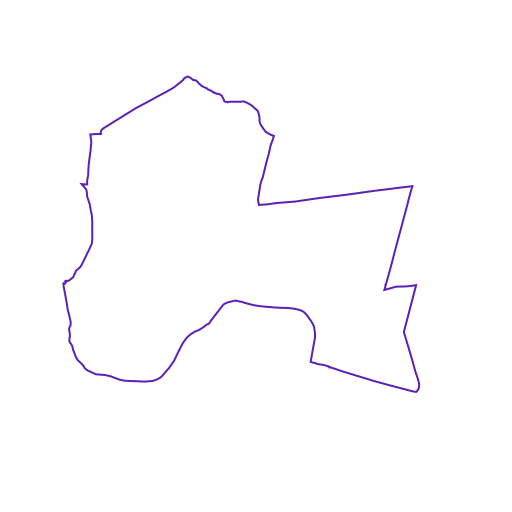 Kota Tanjung Balai, Sumatera Utara, Indonesia (Mercator projection), rotated 105°
{"feature_id": "22746128B91306693093612", "entity_name": "Kota Tanjung Balai", "entity_type": "district", "adm_level": 2, "iso_a3": "IDN", "parent_name": "Indonesia", "parent_adm1": "Sumatera Utara", "projection": "mercator", "projection_center": [99.797, 2.973], "detail": "fine", "context": "isolated", "style": "outline", "palette": "violet", "viewbox_px": 512, "rotation_deg": 105, "n_neighbors": 0, "source": "geoboundaries", "source_scale": "gbopen_adm2", "svg_char_len": 5907}
<svg xmlns="http://www.w3.org/2000/svg" viewBox="0 0 512 512"><g transform="rotate(105 256 256)"><path d="M291.8,93.2L291.3,93.5L242.7,93.8L244.6,98.1L246.6,103.3L249.3,112.6L255.6,123.2L251.2,123.1L250.5,123.6L249.8,123.2L249.7,123.2L243.3,123.1L236.6,123.0L225.3,123.0L217.7,123.1L212.4,123.1L200.0,123.1L197.2,123.1L196.3,123.1L176.6,123.1L172.1,123.1L170.2,123.1L166.2,123.1L162.9,123.2L158.9,123.2L154.7,123.2L151.9,123.1L148.1,123.0L152.9,135.1L156.6,144.2L159.1,150.3L159.6,151.7L162.1,157.7L162.3,158.3L173.3,184.2L182.9,208.1L184.2,211.2L193.0,231.6L193.1,231.8L199.2,248.9L199.7,250.3L201.1,253.6L203.1,258.1L205.9,266.4L201.1,268.7L200.9,268.7L192.4,269.6L186.2,270.3L181.0,270.2L178.9,269.8L166.7,270.1L162.2,270.2L155.4,270.1L154.3,270.1L145.2,270.5L140.1,270.0L135.4,269.8L135.0,273.5L134.8,274.3L134.8,274.6L134.6,275.1L134.1,277.0L133.8,277.8L133.3,279.1L132.9,279.7L132.8,279.9L131.8,280.9L130.8,282.3L129.8,283.3L128.8,284.5L127.7,285.6L127.3,286.0L126.3,286.6L125.7,287.1L124.0,287.8L123.9,287.8L123.0,287.9L121.9,288.3L121.0,288.6L120.6,288.8L119.6,289.3L118.4,290.0L117.9,290.3L116.5,291.1L115.4,292.0L114.8,292.9L114.3,294.0L113.7,295.2L113.1,296.6L112.2,298.0L111.8,299.2L111.2,300.7L110.9,302.2L110.7,302.8L110.6,303.3L110.3,304.6L110.1,305.6L109.9,307.1L110.1,308.8L110.9,310.6L111.4,312.5L113.4,319.8L114.0,321.9L115.0,323.2L114.7,324.2L114.8,325.0L115.0,325.6L114.8,326.4L114.1,327.1L113.6,327.5L113.2,327.7L112.9,327.9L112.5,328.3L112.0,328.7L111.1,329.7L110.8,329.9L110.0,330.5L109.8,331.3L109.5,331.8L109.4,332.0L109.4,332.6L109.3,333.0L109.2,333.3L109.1,333.7L109.0,334.2L109.1,334.5L109.2,335.2L109.4,335.5L109.5,335.8L109.6,336.1L109.6,336.3L109.4,336.6L109.1,337.5L109.0,337.9L109.0,338.7L109.2,339.4L109.1,339.5L108.9,339.7L108.5,340.0L108.5,340.5L108.5,341.1L108.3,341.3L108.2,341.5L107.9,341.8L107.9,342.3L108.0,342.8L107.9,343.5L107.7,344.2L107.5,345.6L107.3,346.1L106.9,346.3L106.8,346.9L106.3,350.4L106.2,350.7L106.1,351.0L105.7,352.8L104.3,355.3L104.1,355.8L102.9,357.6L102.0,359.2L102.2,362.5L101.3,364.2L101.2,364.6L100.3,367.7L100.4,368.1L100.5,368.7L101.4,369.8L102.1,370.3L102.3,370.7L102.4,371.0L103.0,371.4L104.3,371.7L107.6,373.8L110.0,375.7L111.4,376.7L112.1,377.2L112.5,377.5L113.8,378.4L117.3,381.7L117.9,382.3L122.4,387.0L125.4,390.3L135.0,400.3L141.4,407.2L144.1,410.1L146.3,412.2L171.9,436.2L173.5,437.5L174.3,437.8L175.5,438.1L177.0,437.9L178.3,437.4L179.5,442.0L181.5,447.5L184.9,446.0L186.5,445.5L187.5,444.9L189.7,444.3L192.6,443.9L196.4,443.2L206.4,441.9L211.2,441.2L216.3,440.2L221.4,439.0L225.2,438.8L228.3,438.3L230.5,437.6L230.7,438.3L230.9,439.0L231.1,439.8L231.2,440.5L231.4,441.3L231.6,442.0L231.7,443.0L232.5,442.0L232.9,441.2L233.4,440.3L233.9,439.7L234.6,438.8L235.0,438.2L235.4,437.6L235.9,437.1L236.3,436.8L236.9,436.5L237.6,436.2L238.3,435.9L239.0,435.6L239.7,435.3L240.7,435.0L242.1,434.5L242.6,434.3L243.2,433.9L243.8,433.5L245.1,432.5L246.1,432.0L246.9,431.5L247.7,430.9L248.3,430.4L250.6,429.3L251.1,429.1L251.6,428.9L252.1,428.6L252.5,428.3L254.1,427.7L255.0,427.3L255.7,426.8L259.7,424.9L262.8,423.8L264.8,423.2L273.9,420.7L281.3,418.7L286.5,417.8L293.3,418.9L296.7,419.6L299.5,420.1L302.1,420.6L309.6,422.1L312.6,423.1L315.6,425.3L316.9,426.1L319.5,426.3L321.8,426.9L323.7,427.0L325.9,428.7L328.5,430.5L328.5,431.3L329.1,432.4L329.2,433.5L329.9,433.8L330.6,432.9L332.1,433.2L332.4,433.8L332.2,434.8L333.1,434.8L336.0,433.5L348.0,427.8L352.8,425.6L356.6,424.0L359.8,422.1L367.7,417.9L370.9,417.2L372.8,417.7L375.1,417.6L376.5,417.1L377.9,416.2L379.2,415.8L381.6,415.0L383.7,414.9L385.7,414.5L386.4,414.2L386.5,414.2L387.9,413.2L389.0,411.6L390.9,410.0L393.9,408.4L396.6,406.4L397.0,406.1L399.6,404.2L401.6,402.5L403.0,400.8L404.0,398.8L404.6,397.8L404.7,397.6L406.8,394.1L408.2,392.9L409.3,391.3L410.3,388.3L411.7,379.9L410.1,371.6L409.8,365.6L410.7,356.4L410.8,355.0L410.4,350.2L408.5,341.4L408.4,341.3L408.0,339.5L407.1,335.5L406.8,334.1L406.7,333.7L406.2,331.2L404.8,327.3L403.5,323.6L401.1,320.0L401.0,319.8L398.9,317.7L397.9,316.7L397.6,316.5L397.4,316.3L393.4,314.3L392.3,313.7L389.9,312.6L386.7,311.0L378.2,308.0L367.0,305.9L358.5,304.0L352.4,301.5L348.4,298.8L344.9,295.5L344.5,295.0L342.5,292.2L342.4,292.1L338.6,288.6L336.9,287.2L335.1,286.0L333.7,284.0L329.1,282.4L311.3,274.9L311.0,274.6L310.0,273.6L308.4,271.8L304.5,264.7L304.3,262.7L304.1,259.7L304.0,258.8L304.0,257.0L304.1,256.1L304.2,254.1L304.2,252.6L304.1,246.2L303.9,244.0L303.7,241.6L303.6,241.0L303.5,239.5L302.2,231.9L301.4,227.7L301.1,225.8L301.1,225.3L300.9,224.6L300.3,221.9L299.1,216.4L299.1,216.2L298.9,215.7L298.8,215.2L298.5,214.0L298.2,213.1L298.2,212.7L297.7,210.1L297.6,209.8L297.6,209.4L297.3,207.2L297.0,205.5L297.0,204.3L297.0,204.1L296.9,203.4L296.9,202.7L296.9,201.9L296.9,200.9L296.9,200.5L296.9,200.1L297.0,198.5L297.1,197.9L297.3,196.8L297.3,196.7L297.6,195.8L298.0,194.7L298.4,194.1L298.6,193.6L298.8,193.3L298.9,193.1L299.4,192.4L299.5,192.1L300.2,191.4L300.5,190.9L300.7,190.7L301.0,190.3L301.2,190.0L301.6,189.4L302.1,188.9L302.8,188.2L303.8,186.9L304.8,185.7L306.3,184.2L307.4,183.2L309.0,181.9L309.4,181.7L310.1,181.3L311.4,180.7L312.9,180.1L314.2,179.5L316.1,178.8L317.4,178.4L317.7,178.3L318.4,178.2L318.8,178.2L319.1,178.0L319.6,177.9L320.4,177.8L324.7,177.5L344.2,175.8L344.3,167.7L343.7,161.5L343.7,161.2L343.7,160.6L343.7,160.2L343.8,159.8L343.8,159.7L344.0,159.0L343.7,158.2L343.9,157.6L343.9,157.0L344.1,156.5L344.5,156.4L344.2,155.8L344.2,155.1L344.5,154.5L344.4,152.9L344.5,151.8L344.5,150.3L345.0,144.8L345.8,121.4L345.9,118.0L346.0,114.8L346.1,113.4L346.2,110.7L346.3,98.6L346.3,93.2L346.2,69.5L345.8,66.0L343.6,65.0L341.0,64.5L337.7,65.2L334.2,67.0L333.1,67.6L331.8,68.5L328.3,70.9L328.0,71.1L327.8,71.2L327.4,71.5L326.9,71.8L324.9,73.0L321.2,75.2L317.9,77.1L316.1,78.2L311.9,80.7L301.7,87.0L299.8,88.2L298.4,89.0L295.4,90.9L292.5,92.7L292.3,92.8L291.8,93.2Z" fill="none" stroke="#5b21b6" stroke-width="2"/></g></svg>